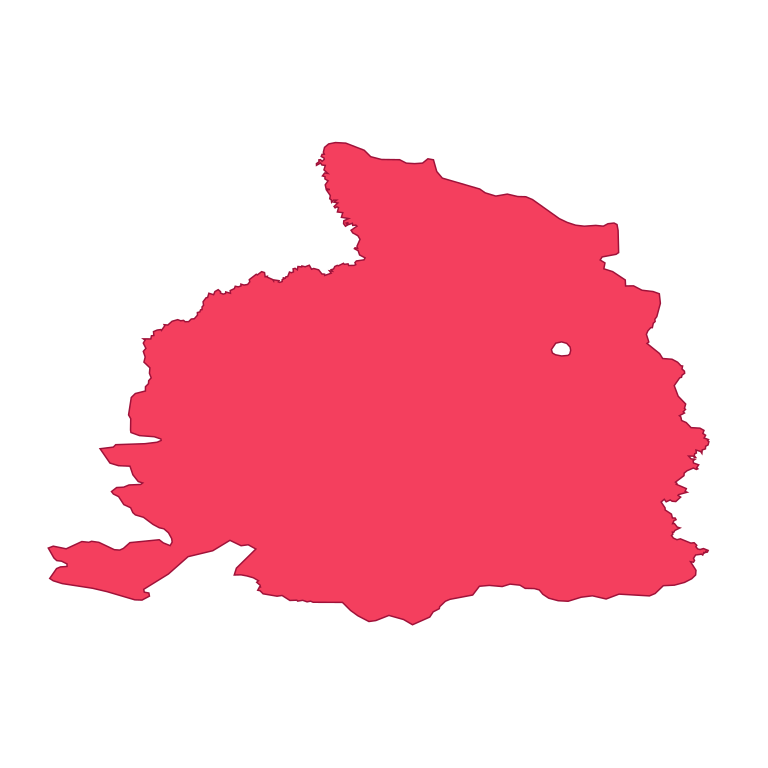 outline of Mwenga, Sud-Kivu, Democratic Republic of the Congo, rotated 92°
{"feature_id": "63176286B33283671139480", "entity_name": "Mwenga", "entity_type": "district", "adm_level": 2, "iso_a3": "COD", "parent_name": "Democratic Republic of the Congo", "parent_adm1": "Sud-Kivu", "projection": "equal_earth", "projection_center": [28.252, -3.387], "detail": "fine", "context": "isolated", "style": "filled", "palette": "rose", "viewbox_px": 768, "rotation_deg": 92, "n_neighbors": 0, "source": "geoboundaries", "source_scale": "gbopen_adm2", "svg_char_len": 6056}
<svg xmlns="http://www.w3.org/2000/svg" viewBox="0 0 768 768"><g transform="rotate(92 384 384)"><path d="M597.9,497.5L599.8,483.5L598.9,478.5L603.6,470.5L603.1,463.6L604.0,462.7L603.0,457.7L604.4,453.3L603.6,449.8L604.6,447.2L603.7,417.9L611.5,409.5L616.5,402.1L621.9,390.8L620.7,383.9L615.1,371.0L618.7,356.2L623.6,347.1L615.3,330.1L610.0,326.9L606.6,320.9L604.6,320.6L599.0,315.1L596.9,310.6L591.8,288.0L582.8,281.6L581.6,271.7L582.3,258.8L579.6,251.1L580.3,241.1L583.3,235.8L583.2,226.6L584.4,221.6L588.6,217.9L592.3,211.9L594.5,202.4L594.7,192.4L590.2,179.5L588.4,168.3L591.1,154.5L585.8,141.8L586.5,111.3L583.9,105.7L575.8,97.8L574.9,86.8L571.8,76.7L567.9,69.7L564.0,65.9L559.3,65.7L550.9,71.5L551.3,68.5L549.6,67.5L547.4,68.6L544.0,66.6L543.0,60.8L543.8,59.5L541.3,58.5L541.7,57.7L540.0,56.5L541.0,56.2L540.7,54.9L539.0,54.2L537.3,59.0L538.4,62.4L537.9,64.7L535.7,66.7L534.3,65.8L531.8,68.5L532.3,71.8L528.4,82.4L529.4,85.8L527.9,89.4L525.4,91.4L524.1,90.1L522.0,90.6L522.1,89.3L520.2,88.2L517.5,83.2L516.8,85.9L513.3,88.9L513.5,90.7L510.5,89.5L509.4,87.4L507.8,88.3L507.8,91.1L504.0,92.2L500.1,98.6L498.0,98.8L492.3,102.9L489.4,99.9L491.9,97.9L489.9,93.9L491.1,92.0L491.3,88.3L486.7,83.6L485.1,86.3L484.3,85.8L481.6,77.3L480.8,79.3L478.0,78.2L474.0,88.4L473.1,87.8L471.9,89.3L465.1,81.0L462.6,80.9L460.1,78.1L457.2,71.9L458.5,68.8L457.8,67.4L456.8,68.6L453.8,66.7L452.1,72.0L449.8,72.4L448.4,70.5L448.1,74.5L445.4,77.1L445.3,72.1L446.6,71.4L446.4,70.1L445.0,71.4L442.8,71.0L442.1,69.4L439.1,69.9L440.4,65.2L442.2,63.9L438.8,63.7L437.6,60.5L435.0,60.4L433.6,58.0L430.2,57.3L429.3,58.7L428.2,57.8L426.8,62.2L424.0,60.8L422.3,63.6L419.2,62.6L417.1,66.7L416.9,75.6L412.0,80.6L410.1,85.3L406.5,86.2L405.4,87.7L402.5,82.7L401.4,84.0L398.8,81.8L397.9,82.9L393.5,81.8L385.9,89.6L375.5,93.9L367.5,88.7L366.9,86.9L364.8,86.5L362.8,83.9L360.7,84.2L358.6,86.7L355.6,86.2L355.4,87.9L352.0,91.3L349.2,97.0L348.8,106.4L344.0,109.6L334.3,122.6L332.8,120.8L325.2,123.5L321.6,122.1L318.4,119.4L318.3,117.8L313.9,117.0L312.1,115.2L309.9,115.6L307.1,113.7L293.7,110.6L284.2,112.0L282.2,118.3L281.3,129.4L277.2,138.0L277.6,146.0L271.6,146.5L263.7,159.4L261.2,168.3L255.3,167.4L252.5,172.3L249.4,170.4L246.3,156.6L244.5,154.1L222.4,155.4L216.5,156.7L215.1,159.7L216.0,165.8L218.6,170.3L218.1,177.9L219.3,189.3L218.6,198.0L216.1,206.6L212.6,214.6L194.5,242.0L191.9,248.8L192.0,256.8L189.9,267.4L192.3,278.8L189.4,289.6L185.8,295.1L176.2,332.9L169.8,338.7L158.2,342.4L157.4,348.0L161.9,353.2L162.7,361.1L162.5,369.4L159.3,376.2L159.7,394.3L157.3,405.2L151.1,411.9L144.6,430.6L144.4,441.0L146.0,447.7L149.6,451.7L154.5,452.7L156.4,451.7L156.6,453.9L158.8,454.7L160.3,451.8L161.5,451.5L163.6,453.6L162.0,455.3L162.3,456.9L164.2,456.7L166.1,459.2L167.8,459.1L165.4,455.1L167.3,453.7L167.6,450.3L172.1,451.5L175.5,447.5L175.2,450.7L178.2,452.8L178.9,450.2L181.1,450.2L182.9,447.0L187.0,449.7L190.8,448.7L191.5,444.9L192.2,448.2L197.6,444.2L200.8,444.7L201.7,443.2L204.2,442.7L202.0,440.9L201.9,437.8L204.0,440.4L204.7,436.5L208.3,440.1L209.7,439.0L208.6,437.2L209.3,435.6L213.7,436.6L214.2,431.2L218.9,432.4L219.9,425.1L222.3,429.9L225.2,430.0L227.7,428.0L226.4,426.0L224.5,427.5L224.0,425.8L226.0,425.2L224.5,421.2L226.6,420.8L226.2,417.7L227.2,416.5L231.5,422.3L234.1,420.5L236.7,415.3L240.2,413.0L247.2,415.8L249.3,415.1L248.9,417.7L249.8,418.3L251.7,414.5L255.9,412.9L258.6,407.3L260.6,408.3L262.0,415.9L263.7,417.3L265.7,416.4L266.5,418.0L266.8,423.5L265.2,424.1L265.8,427.9L264.8,428.7L267.4,433.6L267.1,434.9L268.3,437.3L270.8,438.4L271.6,440.8L273.1,439.5L272.8,442.5L275.1,440.6L277.6,447.1L276.3,447.2L276.2,449.9L272.2,453.3L271.0,458.3L271.8,460.4L267.9,462.8L269.6,466.9L268.9,470.2L269.8,470.3L269.6,474.1L272.9,474.6L271.5,476.9L272.1,478.9L275.1,478.4L276.0,480.4L275.4,482.4L280.0,484.0L280.3,485.8L281.7,486.3L281.3,488.9L282.3,487.6L283.5,489.5L285.1,489.3L286.1,491.6L285.7,493.1L284.4,492.5L283.8,497.8L284.9,497.9L283.5,498.9L281.3,504.4L280.4,504.3L281.0,506.5L276.8,507.3L276.0,510.2L279.4,514.4L278.8,515.5L284.4,522.3L286.6,521.7L289.3,523.8L290.0,527.4L289.2,530.5L291.0,530.4L292.0,533.0L291.5,536.1L293.9,536.9L296.0,541.0L298.7,540.6L297.5,545.4L299.0,545.5L299.8,547.8L298.8,550.6L297.4,550.6L295.5,553.0L297.5,556.2L300.7,557.4L299.4,562.2L303.7,563.3L304.0,564.8L308.1,567.7L311.7,567.1L313.2,568.5L316.0,568.5L316.3,569.9L318.4,570.6L319.1,573.0L321.7,572.8L325.4,575.9L325.8,578.9L328.5,581.4L328.7,585.0L327.4,586.5L327.9,589.4L326.9,592.4L328.7,598.0L332.6,602.1L332.4,605.8L333.5,605.2L338.3,608.3L337.4,609.0L338.0,612.6L339.7,616.2L343.6,615.7L343.9,618.1L347.1,618.6L347.3,626.1L348.5,624.3L351.5,626.0L356.7,623.2L359.8,625.7L365.4,623.6L370.5,624.7L376.0,618.5L381.4,618.8L386.0,616.9L388.9,619.3L391.9,619.4L395.0,622.3L399.3,622.2L402.2,632.2L406.3,636.1L423.8,638.2L427.5,635.9L438.9,635.7L441.3,635.2L444.1,626.6L444.7,611.8L446.7,605.1L448.2,604.7L450.1,608.7L452.0,620.8L454.0,650.0L456.5,652.3L458.6,665.5L472.6,655.1L474.9,646.5L475.0,635.0L483.5,631.8L490.1,626.2L491.3,621.7L492.9,623.7L493.8,635.3L496.2,640.6L496.8,647.6L501.0,652.6L503.4,650.6L505.8,645.3L513.6,639.8L516.5,632.9L521.3,630.5L523.5,627.9L525.6,619.7L532.4,609.9L535.5,603.6L536.4,598.9L540.2,594.2L545.9,590.8L549.4,590.2L553.0,592.1L550.5,599.0L547.5,603.2L551.4,632.4L557.4,638.7L559.2,642.3L559.0,647.7L552.2,663.4L551.4,670.8L552.5,673.4L552.0,680.5L559.8,695.9L557.6,708.9L559.7,713.8L569.4,707.8L571.9,704.9L572.3,700.1L574.9,694.5L577.4,694.4L578.1,701.0L579.9,704.8L590.0,711.3L592.2,707.7L594.7,698.6L598.3,668.2L601.2,653.5L608.4,625.5L608.4,618.3L604.2,611.0L601.1,611.7L600.4,616.3L597.6,617.0L581.4,592.8L563.4,573.8L556.6,549.3L545.6,532.5L550.6,521.2L549.4,514.1L553.4,506.3L573.2,525.1L580.1,527.0L579.7,520.2L580.6,514.3L582.2,507.8L585.0,502.6L586.6,504.3L589.4,500.8L591.2,500.4L591.1,501.3L594.5,503.0L594.9,500.7L597.9,497.5ZM337.0,202.8L340.6,199.3L343.9,198.6L347.6,199.4L349.0,201.1L349.8,207.5L348.8,213.7L347.1,216.8L343.7,217.9L337.2,213.8L335.7,208.0L337.0,202.8Z" fill="#f43f5e" stroke="#9f1239" stroke-width="1.5"/></g></svg>